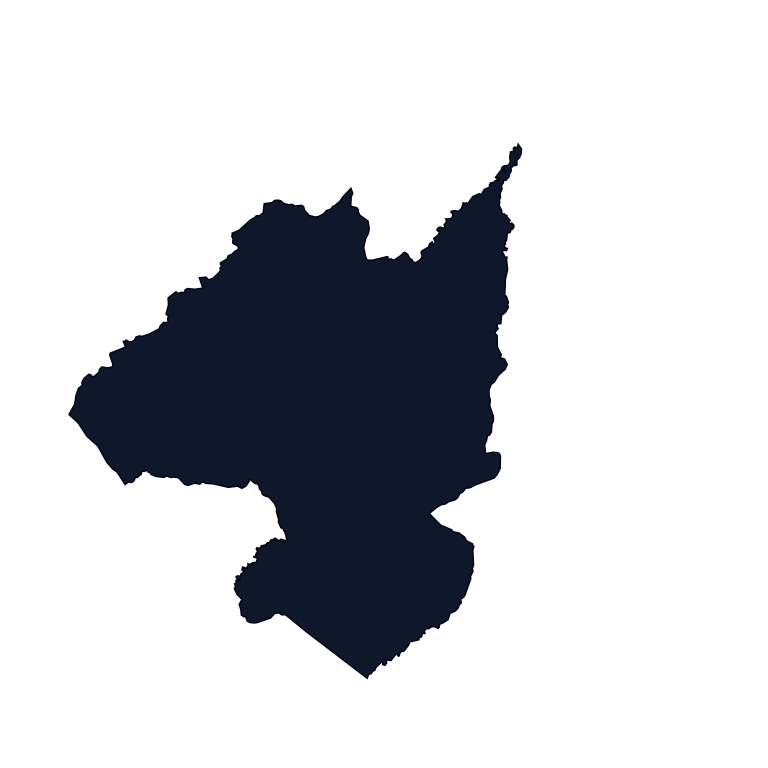 the district of Kabadougou, Denguélé, Ivory Coast, rotated 226°
{"feature_id": "98640826B2974603948771", "entity_name": "Kabadougou", "entity_type": "district", "adm_level": 2, "iso_a3": "CIV", "parent_name": "Ivory Coast", "parent_adm1": "Denguélé", "projection": "natural_earth1", "projection_center": [-7.327, 9.255], "detail": "fine", "context": "isolated", "style": "filled", "palette": "ink", "viewbox_px": 768, "rotation_deg": 226, "n_neighbors": 0, "source": "geoboundaries", "source_scale": "gbopen_adm2", "svg_char_len": 6171}
<svg xmlns="http://www.w3.org/2000/svg" viewBox="0 0 768 768"><g transform="rotate(226 384 384)"><path d="M463.3,647.1L461.5,644.3L463.9,642.2L463.6,640.6L461.2,638.8L463.1,636.3L459.7,631.8L456.3,629.5L454.9,625.5L457.6,621.8L457.9,619.4L457.2,618.2L455.4,618.8L454.9,619.9L455.6,620.7L452.3,617.9L455.3,618.0L456.5,617.1L455.2,607.8L452.4,607.7L451.8,609.5L451.1,607.8L453.0,605.3L452.8,603.3L454.6,600.2L453.9,598.0L452.2,596.8L454.3,591.6L452.7,585.6L454.8,584.6L457.1,578.2L455.6,569.4L455.8,568.7L457.2,569.1L457.5,567.9L459.3,566.9L456.5,561.8L456.4,557.7L460.1,554.8L461.5,552.3L460.9,551.5L458.3,551.6L456.3,548.8L456.8,546.4L459.9,543.1L457.5,542.0L456.7,537.8L454.0,536.5L454.6,535.3L457.9,533.4L458.7,531.6L458.4,529.6L457.7,528.9L454.4,529.5L453.7,525.9L454.1,520.9L450.6,519.4L449.7,517.9L451.1,515.3L451.9,517.2L452.8,517.4L453.2,514.2L451.6,511.3L453.5,503.2L452.5,501.7L449.6,500.4L448.5,498.1L448.4,494.5L449.5,490.9L451.6,489.6L453.4,490.5L456.7,489.9L460.7,491.1L464.0,490.6L464.8,489.4L464.7,485.4L466.2,477.1L469.2,475.9L471.4,473.0L472.3,474.9L473.3,474.9L481.2,461.6L484.7,458.1L487.4,458.7L496.2,464.1L501.2,471.6L503.3,477.6L505.9,481.2L512.3,485.7L522.2,483.9L525.7,485.0L527.2,486.6L529.6,486.9L535.0,483.6L541.3,490.3L542.9,494.0L547.7,496.1L547.2,484.8L546.1,479.1L546.5,472.5L547.4,470.5L546.8,467.9L547.3,465.4L548.9,463.0L548.3,461.2L548.7,457.4L550.1,453.0L551.9,450.5L557.0,447.4L563.9,447.5L567.6,449.4L569.9,448.7L573.9,443.6L577.1,442.7L578.8,440.2L583.4,437.4L587.2,437.1L589.6,435.7L592.0,432.9L592.2,429.4L596.9,423.1L591.0,415.8L591.6,411.3L593.7,409.1L593.6,406.1L594.8,402.4L595.3,386.2L598.0,379.5L596.4,378.4L596.2,377.1L593.5,376.4L590.5,373.1L584.3,374.7L581.6,372.1L582.9,370.2L583.0,364.5L584.5,361.2L583.0,357.8L584.8,350.7L583.8,349.5L581.7,349.3L581.4,346.6L579.2,345.4L578.8,342.0L578.8,334.8L580.3,331.1L581.5,330.0L584.4,330.3L588.7,324.9L578.8,320.3L583.6,313.7L589.2,308.9L589.8,306.4L588.9,304.7L589.1,303.2L591.0,301.5L591.9,299.0L594.8,298.4L595.9,288.5L590.5,283.8L585.7,275.8L582.2,276.2L581.8,274.2L578.8,271.9L578.9,270.6L581.5,268.1L581.2,263.3L579.9,260.4L583.0,249.9L586.3,243.0L588.4,241.6L590.0,238.2L589.0,235.0L589.5,231.9L590.9,230.4L594.8,228.9L594.5,227.7L595.7,226.1L590.4,223.9L590.4,223.0L596.4,208.4L595.2,206.8L586.6,202.7L585.2,201.2L585.6,199.3L588.0,196.0L592.3,192.9L592.1,189.5L590.6,187.4L590.7,180.6L592.0,179.5L595.2,179.2L596.1,178.1L596.4,171.9L594.9,167.5L592.6,166.1L593.1,161.3L590.0,154.9L584.2,147.3L581.2,136.9L580.6,136.2L568.9,137.0L552.7,134.0L538.1,135.0L520.0,130.2L511.2,129.8L505.8,130.8L491.6,127.9L491.0,132.4L488.9,133.5L488.0,135.6L488.3,137.8L489.4,139.4L488.1,142.1L487.7,146.7L488.9,148.3L489.0,149.7L487.5,151.1L487.1,153.2L484.4,153.1L483.3,154.3L481.2,153.6L476.1,155.6L469.7,160.8L468.9,163.8L464.8,165.7L463.8,167.5L459.4,171.0L450.2,170.9L447.3,172.5L444.2,178.8L439.9,182.0L439.9,184.4L438.5,186.4L436.7,186.5L430.8,191.8L417.9,200.2L412.1,207.8L407.7,209.3L406.5,213.6L407.6,219.2L408.5,219.9L408.3,221.3L402.1,222.1L400.0,223.6L397.7,223.3L394.8,221.5L392.6,221.7L389.6,220.0L387.2,220.2L382.4,222.7L374.2,222.3L369.2,220.4L366.6,217.8L359.5,214.0L358.2,212.2L352.4,210.0L349.7,210.8L344.0,208.7L338.4,205.1L343.8,202.2L344.0,201.5L343.2,200.7L344.0,200.2L343.7,198.7L345.8,199.4L346.3,197.4L347.1,199.0L348.7,198.6L349.3,195.8L350.4,194.3L349.5,191.2L350.8,189.9L350.4,187.4L352.8,183.3L351.9,180.7L354.4,179.0L354.2,177.6L351.1,176.7L351.0,174.6L349.4,171.9L350.3,170.6L349.5,170.2L347.8,171.5L346.2,171.5L344.5,168.1L346.6,165.5L345.9,164.8L344.6,165.2L347.0,164.1L347.4,161.8L349.2,161.3L347.3,159.5L347.6,158.0L346.1,157.1L348.0,156.4L348.0,154.4L349.0,156.0L350.5,155.1L349.0,152.6L346.2,152.9L346.7,149.1L345.5,147.2L347.8,145.3L348.0,143.6L345.9,142.8L342.8,145.3L344.2,142.0L345.5,141.1L343.5,139.4L344.0,137.7L341.7,136.8L340.8,134.2L334.8,132.1L327.7,132.2L326.1,126.8L321.1,124.3L317.0,120.9L313.7,121.5L313.1,122.9L308.3,120.9L305.6,121.9L302.4,124.5L300.4,127.1L294.5,139.8L294.9,145.9L292.2,149.6L289.2,149.9L286.3,152.9L260.0,156.0L184.0,167.5L185.8,171.2L184.5,173.7L185.4,176.4L184.4,178.2L185.7,181.2L185.7,188.8L185.1,190.0L183.1,188.1L181.0,189.3L181.4,192.0L183.9,194.0L180.2,196.9L181.4,204.6L180.5,205.5L178.1,205.3L177.9,206.0L179.5,209.0L179.4,211.2L178.3,212.0L178.1,213.4L179.1,220.4L180.6,223.4L175.7,231.5L177.1,232.8L176.1,235.4L177.9,238.5L176.1,240.2L178.2,241.2L178.8,244.0L176.7,246.6L176.3,249.8L173.9,252.0L170.6,253.2L170.7,254.6L172.6,257.3L171.3,259.9L170.0,266.2L173.1,272.2L171.1,277.9L171.5,282.2L173.1,285.1L172.7,287.2L176.1,290.1L175.3,293.2L176.0,295.9L183.8,311.4L185.5,312.5L187.5,318.0L189.8,319.1L191.6,322.7L202.6,332.3L204.7,335.8L206.5,335.7L207.4,336.7L213.8,334.5L217.9,335.6L224.8,334.4L229.8,331.0L232.1,331.4L243.1,326.7L259.4,326.6L258.7,335.9L257.3,341.5L255.0,344.9L254.4,348.8L251.2,355.0L251.2,358.6L252.4,362.0L251.6,366.1L252.3,370.3L249.5,374.1L248.1,379.3L239.8,398.0L240.4,403.0L242.6,409.0L251.1,417.5L253.4,418.6L255.6,418.1L259.2,415.0L263.3,408.7L270.3,414.2L272.2,418.7L274.9,422.3L274.0,424.3L274.8,427.8L280.2,433.9L281.5,437.2L284.9,440.3L294.8,444.9L298.9,449.6L302.0,451.0L306.6,455.2L309.2,460.6L308.8,464.9L310.8,472.4L310.5,481.4L312.4,486.2L318.0,488.1L322.3,485.8L323.6,488.7L331.6,491.1L340.5,499.2L342.4,498.9L344.2,499.8L344.5,504.5L346.7,505.3L348.1,507.0L347.9,508.4L346.2,509.9L351.8,516.3L351.1,520.9L352.8,526.9L355.1,527.8L356.1,530.1L362.2,533.0L362.7,531.9L364.6,533.2L375.1,544.2L380.4,552.4L387.8,558.1L389.8,560.6L391.0,559.2L396.9,561.0L397.5,562.6L394.9,564.7L395.8,567.0L397.1,566.0L399.7,566.0L400.4,568.8L401.9,569.5L402.1,571.8L406.8,577.5L405.4,580.1L407.3,583.5L406.0,584.0L406.7,586.5L408.3,587.8L411.1,587.7L411.8,585.8L412.9,585.2L414.3,588.4L418.9,588.6L420.0,589.5L421.5,588.4L423.0,588.7L424.1,587.1L427.7,589.4L432.7,591.0L434.3,593.5L435.9,594.4L437.5,597.6L440.4,599.8L442.1,604.2L445.3,606.5L445.7,609.5L447.3,611.0L445.9,613.3L446.2,618.2L447.6,619.2L448.6,623.1L451.1,625.5L451.2,629.1L449.4,630.8L449.3,632.0L452.5,634.7L452.8,639.0L454.2,642.3L457.4,646.1L463.3,647.1Z" fill="#0f172a" stroke="#020617" stroke-width="1.5"/></g></svg>